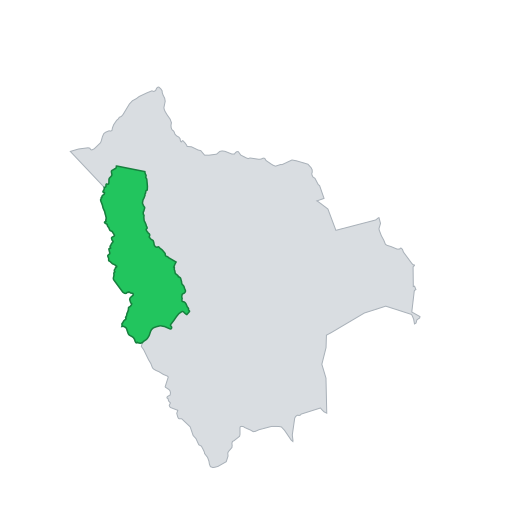 location of La Paz within Bolivia, rotated 343°
{"feature_id": "BOL-1936", "entity_name": "La Paz", "entity_type": "Department", "adm_level": 1, "iso_a3": "BOL", "parent_name": "Bolivia", "parent_adm1": "", "projection": "natural_earth1", "projection_center": [-68.162, -14.972], "detail": "fine", "context": "in_parent", "style": "filled", "palette": "green", "viewbox_px": 512, "rotation_deg": 343, "n_neighbors": 0, "source": "natural_earth", "source_scale": "10m", "svg_char_len": 9703}
<svg xmlns="http://www.w3.org/2000/svg" viewBox="0 0 512 512"><g transform="rotate(343 256 256)"><path d="M111.4,293.8L110.7,287.1L109.7,285.5L108.1,284.4L107.6,283.1L108.2,281.7L111.1,278.9L112.7,278.5L113.1,277.1L118.6,269.2L120.2,267.6L122.1,266.5L122.9,265.6L122.5,262.7L122.6,260.8L123.3,259.6L126.9,257.3L127.3,256.8L127.1,256.1L125.6,254.6L122.3,253.4L120.1,253.5L118.1,251.4L113.8,239.5L113.1,236.7L113.1,235.6L116.0,229.8L119.2,225.1L118.8,224.0L115.3,219.4L114.2,217.2L114.6,212.4L116.6,210.9L117.6,206.6L118.5,205.9L120.4,203.0L123.1,200.3L123.3,197.1L124.1,196.2L126.3,195.2L126.5,194.3L126.0,192.2L124.9,189.9L124.0,188.7L122.8,183.1L121.5,180.3L122.9,177.8L123.8,174.9L124.0,171.6L123.9,157.2L126.6,153.6L128.0,152.8L129.3,151.6L129.2,149.3L131.1,146.3L109.0,101.7L117.6,101.8L127.0,103.4L128.6,104.3L129.0,105.9L130.0,106.6L132.6,106.2L140.3,102.3L141.4,101.1L144.1,96.9L146.2,94.5L148.2,93.7L152.1,93.3L153.3,94.0L154.9,93.9L156.2,91.5L158.3,88.8L162.4,85.5L164.5,84.6L165.8,83.4L168.0,83.2L170.0,82.0L179.4,73.6L183.2,71.4L187.6,70.5L190.9,69.3L199.3,68.1L204.7,67.6L206.4,68.8L208.4,68.4L210.0,66.5L211.4,65.9L212.4,66.0L213.8,68.2L214.5,70.6L214.1,72.4L214.2,75.0L214.8,78.5L214.4,81.5L211.3,87.2L211.1,88.9L211.3,91.1L212.2,94.8L213.9,100.0L214.1,103.8L212.9,106.2L212.4,108.4L212.5,110.1L212.9,111.4L213.6,112.1L214.0,113.5L214.1,115.7L215.1,117.8L217.0,119.8L217.7,121.7L217.4,123.5L217.5,124.6L218.0,125.1L219.2,124.2L219.8,124.4L221.1,126.9L222.0,129.5L222.2,131.1L226.2,132.7L231.6,137.7L234.0,139.1L236.3,144.5L240.3,145.8L248.1,147.1L251.9,145.4L254.3,145.6L256.9,146.8L262.7,151.4L265.1,152.2L266.8,151.0L268.4,150.6L269.6,151.1L270.9,155.0L275.3,159.3L277.0,160.6L278.9,160.5L287.1,164.4L289.3,164.8L291.5,164.5L292.9,165.2L293.5,167.6L297.2,172.3L298.9,174.2L300.9,175.8L306.2,175.7L307.8,176.2L318.5,174.7L322.5,176.8L332.5,183.4L334.5,187.7L334.9,190.0L334.3,192.3L333.5,193.3L333.2,194.8L333.5,197.0L335.1,199.0L336.4,205.9L337.4,207.3L337.9,220.8L330.3,221.1L331.5,222.4L338.5,232.1L339.9,254.8L380.1,256.5L381.1,256.5L384.1,255.3L384.8,255.3L384.6,261.2L381.6,265.8L381.4,267.3L381.8,273.3L382.8,278.2L383.2,282.7L384.4,284.1L387.8,286.4L393.0,290.7L395.1,291.3L396.9,290.7L398.0,292.5L398.1,295.3L402.7,308.3L403.5,310.1L404.9,311.0L404.6,311.6L403.4,311.9L402.9,312.8L397.5,331.2L398.8,331.2L399.1,334.9L397.5,335.2L397.0,336.0L388.6,355.1L395.1,361.9L394.4,363.1L391.2,364.1L389.4,366.9L387.7,367.3L388.3,362.5L387.9,358.3L387.4,357.2L365.4,341.9L343.0,342.2L306.2,351.1L300.2,352.3L296.2,364.1L287.3,378.8L287.2,393.3L277.7,427.0L275.5,424.9L273.8,421.7L273.3,420.3L273.1,420.2L252.9,420.4L251.9,421.1L250.5,421.1L249.4,420.4L248.4,420.5L246.9,421.1L245.6,422.4L238.4,437.7L237.4,443.3L237.0,444.2L235.8,442.3L232.3,431.0L230.3,426.9L228.0,425.7L220.9,423.5L208.2,423.0L204.1,423.5L202.0,423.2L199.9,420.9L195.1,416.8L194.1,415.5L192.3,414.7L191.2,414.6L190.5,415.4L188.6,421.8L187.6,423.6L181.0,426.2L179.2,426.5L178.2,428.1L177.8,430.2L177.0,432.1L172.4,435.0L171.4,436.2L170.8,439.1L167.4,444.0L158.1,446.1L155.0,446.0L152.9,445.7L150.8,444.1L150.6,441.4L151.0,438.5L150.8,434.5L149.1,429.9L149.3,428.4L149.0,426.2L148.2,421.9L146.1,419.8L145.2,413.1L143.4,409.3L143.1,400.1L137.3,389.9L134.9,389.2L134.4,388.6L134.1,387.1L134.2,383.3L136.1,380.7L129.8,375.8L129.4,374.5L129.4,373.4L131.2,371.5L130.0,369.0L130.2,366.8L129.4,365.8L129.5,365.1L130.2,364.5L133.3,363.8L134.3,361.6L134.3,359.7L133.8,358.4L131.0,355.0L130.9,354.5L136.7,346.1L136.5,345.5L135.9,344.7L132.8,342.2L129.4,338.3L127.0,336.3L125.2,334.4L124.3,332.7L124.0,328.2L122.9,323.7L121.2,312.9L119.9,308.9L121.3,306.8L121.2,306.2L115.8,303.1L114.7,298.2L111.4,293.8Z" fill="#d9dde1" stroke="#a8b0b8" stroke-width="1"/><path d="M116.4,304.1L116.1,304.1L115.7,303.4L115.5,302.3L115.5,300.2L115.3,299.2L114.7,297.8L113.8,296.7L111.8,294.7L111.3,293.8L111.1,292.8L111.0,290.5L111.0,288.4L110.9,287.4L110.7,286.6L110.3,286.1L109.8,285.5L108.8,284.6L108.5,284.4L107.1,284.2L107.6,283.5L107.9,281.9L108.2,281.3L108.9,281.1L110.2,279.7L111.0,279.2L111.6,278.9L112.3,278.7L113.0,278.4L113.5,277.7L113.6,277.3L113.5,277.1L113.3,277.0L113.3,276.8L113.3,276.6L113.5,276.4L114.5,275.7L114.8,275.3L115.5,273.7L118.0,270.7L118.3,270.1L118.8,268.5L119.0,268.1L119.4,267.8L120.2,267.7L120.7,267.6L122.1,266.8L122.5,266.4L123.2,265.4L122.6,264.3L122.5,263.8L122.5,263.0L122.5,261.3L122.5,260.7L122.8,260.2L123.4,259.3L124.2,258.8L127.0,257.6L127.5,256.6L127.3,255.8L126.7,255.4L125.4,254.8L124.4,253.5L123.9,253.1L123.2,253.4L122.4,253.1L122.1,253.1L121.9,253.2L121.4,253.6L121.1,253.7L120.5,253.7L119.9,253.5L119.4,253.2L118.9,252.7L118.0,251.5L113.0,237.2L112.9,236.3L113.1,235.4L114.7,232.7L114.8,232.1L114.8,231.6L115.0,231.0L115.3,230.5L115.5,230.3L116.2,230.1L116.4,229.9L116.4,229.7L116.1,228.8L116.3,228.4L116.6,227.8L117.1,227.3L117.9,227.0L118.3,225.9L118.7,225.8L119.3,225.9L119.7,225.5L119.8,225.0L119.2,224.3L118.6,223.3L118.2,222.9L116.7,221.7L116.3,221.2L114.9,218.7L113.9,217.7L113.8,217.2L113.9,216.7L114.3,215.6L114.4,215.4L114.2,213.0L114.3,212.5L114.5,212.1L115.1,211.8L116.4,211.3L116.8,211.1L117.1,210.2L117.3,206.5L117.6,206.0L118.1,205.9L118.7,206.1L119.2,206.1L119.3,205.8L119.3,204.4L119.3,203.9L119.5,203.8L119.9,203.7L120.1,203.6L121.1,202.3L121.5,201.9L123.1,200.9L123.6,200.4L123.5,199.8L123.2,199.2L123.0,198.7L123.0,197.6L123.0,197.0L123.1,196.5L123.7,196.0L124.6,195.8L126.2,195.5L126.7,194.9L126.6,193.9L126.0,192.0L125.8,191.0L125.7,190.6L125.4,190.2L124.1,189.2L123.8,188.6L123.6,187.7L123.6,186.7L123.5,185.7L123.1,185.0L122.8,183.9L122.8,183.5L122.8,183.0L123.0,182.7L123.0,182.3L122.7,181.9L121.4,180.7L120.9,179.8L121.2,179.2L121.5,179.1L122.3,179.3L122.6,179.2L122.8,178.9L122.8,178.6L122.7,178.2L122.8,177.8L123.0,177.5L123.5,176.9L123.7,176.5L123.9,175.8L124.1,175.1L124.0,174.4L124.3,168.8L123.9,166.5L123.8,165.4L124.0,162.0L123.7,158.7L123.7,157.5L123.8,156.8L124.6,156.1L124.8,155.4L125.1,154.9L125.7,155.0L126.0,154.2L126.4,153.6L126.9,153.2L128.9,152.6L129.1,152.3L129.7,151.0L129.4,150.7L128.6,150.4L128.4,150.2L128.4,149.7L128.7,149.3L129.0,149.0L129.7,148.5L130.1,148.1L130.4,147.7L130.6,147.3L130.7,146.7L130.9,146.4L131.1,146.3L131.0,146.0L131.3,146.1L132.1,146.1L132.3,146.1L132.5,146.0L132.8,145.6L133.4,144.0L133.6,143.6L134.2,143.4L134.6,143.6L135.0,144.0L135.4,144.1L135.9,144.1L136.2,143.8L136.7,143.0L137.8,139.7L138.4,138.8L141.3,137.1L141.9,136.3L142.1,135.3L142.3,133.2L142.7,132.4L143.4,132.0L145.3,131.7L146.0,131.3L146.5,131.4L147.1,131.2L147.7,131.0L148.1,130.6L148.5,130.0L148.7,129.2L149.1,129.2L174.4,142.8L174.2,143.4L174.2,143.9L174.2,145.7L174.3,146.1L174.5,146.5L174.4,147.0L174.1,147.6L173.5,148.6L173.9,149.8L174.0,150.4L173.9,151.2L172.5,157.8L171.3,161.1L171.0,161.2L170.6,161.2L170.1,161.3L169.7,161.7L168.7,163.7L168.5,163.9L168.1,164.2L167.9,164.4L167.8,164.6L167.6,165.2L167.6,165.5L165.5,168.2L164.7,168.9L164.3,169.4L163.3,171.3L162.9,172.2L162.9,173.2L163.3,175.9L163.7,176.6L163.7,177.2L163.5,177.7L162.5,179.1L162.0,180.1L161.7,180.4L161.3,180.7L161.0,181.1L160.8,181.7L160.5,182.9L160.5,183.4L160.8,184.2L160.7,184.7L160.1,186.0L159.4,189.4L159.4,189.9L159.7,191.1L160.0,193.7L159.9,195.5L160.2,196.4L160.2,196.9L160.1,197.4L159.8,197.8L159.0,198.2L158.7,198.4L158.6,199.0L158.7,199.5L158.8,200.1L159.1,201.1L159.4,201.5L159.5,201.7L159.5,202.2L159.6,202.5L160.1,203.1L160.4,203.6L160.6,204.2L160.5,204.7L160.3,205.3L160.2,205.6L159.8,206.0L159.6,206.2L159.5,206.5L159.4,206.7L159.5,206.9L160.2,208.7L160.6,209.5L161.8,210.7L162.1,211.2L162.2,211.8L162.2,213.0L162.1,214.1L162.0,214.6L161.9,215.3L161.9,215.7L162.0,216.3L162.3,217.3L162.7,217.9L163.0,218.1L163.4,218.4L163.6,218.6L163.9,218.7L164.2,218.7L164.8,218.6L165.1,218.6L165.4,218.7L165.6,218.9L165.9,219.3L166.4,220.4L166.6,220.8L166.9,221.1L167.5,221.9L168.2,223.0L169.7,226.6L169.8,227.0L169.8,227.4L169.6,228.6L169.6,228.9L169.6,229.2L169.7,229.5L169.9,229.8L170.2,230.1L170.5,230.3L171.0,230.6L171.4,231.0L171.9,232.0L176.8,237.3L177.8,238.4L175.8,240.4L174.9,241.7L174.1,242.6L174.4,242.9L174.5,243.0L174.5,243.6L174.3,243.9L174.1,244.2L174.0,244.6L173.9,244.9L173.9,245.2L174.0,245.9L174.0,246.6L173.7,248.8L173.8,249.0L173.8,249.3L174.3,249.9L174.7,250.6L175.4,251.5L175.6,252.0L175.7,252.6L175.6,253.1L175.7,253.3L176.5,253.6L176.8,254.1L177.3,254.8L177.4,255.3L177.3,258.8L177.0,260.3L177.0,261.0L177.3,261.8L178.0,263.3L178.2,264.1L178.2,266.6L178.4,268.0L178.4,268.5L178.3,268.9L178.0,269.5L177.4,270.0L176.8,270.4L176.2,270.6L174.7,270.8L174.1,271.2L173.7,272.0L173.2,273.0L173.0,273.5L173.0,274.0L173.0,274.6L173.0,274.9L172.9,275.2L172.5,275.8L172.4,276.1L172.2,276.7L172.1,277.3L172.2,277.8L172.6,278.2L173.7,278.7L174.0,279.2L174.4,279.6L174.7,280.2L174.8,280.5L175.0,281.0L175.3,283.1L175.3,284.0L175.3,284.3L175.6,285.0L175.8,285.3L176.1,286.8L175.6,287.9L175.7,288.2L175.9,288.5L176.1,288.8L176.3,289.0L176.3,289.4L176.1,289.7L175.8,289.9L172.7,291.8L172.1,291.2L171.5,290.3L171.1,289.7L170.7,288.9L170.4,288.3L170.2,288.1L169.8,287.7L169.5,287.6L169.2,287.5L168.8,287.5L165.6,288.5L165.0,288.8L162.2,290.7L159.2,293.1L158.6,293.6L154.5,296.5L154.1,296.9L154.0,297.0L153.9,297.2L154.0,297.6L154.1,298.1L154.3,298.5L154.5,298.9L154.5,299.2L154.5,299.4L154.4,299.9L154.2,300.2L154.1,300.4L153.5,300.8L153.2,300.9L152.9,300.8L152.6,300.7L147.8,296.6L147.3,296.4L146.5,296.0L144.5,294.9L143.8,294.7L140.0,294.5L137.0,294.7L136.2,295.0L134.7,295.8L134.4,296.0L133.1,297.3L130.9,300.4L130.1,301.3L128.0,303.1L126.7,303.8L123.5,304.8L121.7,305.8L121.2,305.4L120.9,305.5L120.6,305.6L120.0,305.7L119.6,305.5L119.2,305.3L118.5,304.8L117.7,304.6L117.6,304.4L117.1,303.7L116.7,303.8L116.4,304.1Z" fill="#22c55e" stroke="#15803d" stroke-width="1.5"/></g></svg>